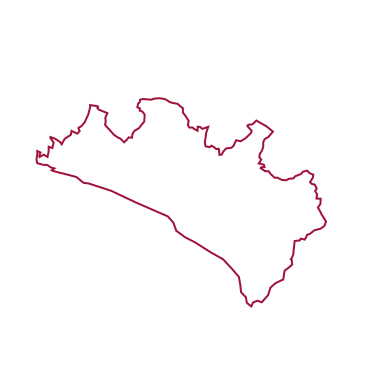 outline of Polis, Paphos, Cyprus, rotated 234°
{"feature_id": "46923920B35140405744722", "entity_name": "Polis", "entity_type": "district", "adm_level": 2, "iso_a3": "CYP", "parent_name": "Cyprus", "parent_adm1": "Paphos", "projection": "orthographic", "projection_center": [32.436, 35.036], "detail": "fine", "context": "isolated", "style": "outline", "palette": "rose", "viewbox_px": 384, "rotation_deg": 234, "n_neighbors": 0, "source": "geoboundaries", "source_scale": "gbopen_adm2", "svg_char_len": 2739}
<svg xmlns="http://www.w3.org/2000/svg" viewBox="0 0 384 384"><g transform="rotate(234 192 192)"><path d="M292.0,91.3L288.7,93.5L281.5,99.6L272.2,107.2L263.1,109.7L259.8,113.3L240.5,127.3L216.2,140.6L186.5,158.1L178.2,158.9L169.8,156.5L159.5,159.8L149.6,164.8L132.4,171.6L119.3,177.6L106.2,179.2L95.7,180.0L88.7,176.6L82.1,172.8L75.1,173.7L70.1,171.2L64.6,172.7L64.8,173.1L66.7,176.3L65.7,180.9L61.8,183.6L63.8,192.9L68.5,199.3L69.2,205.8L67.6,214.4L73.9,220.7L74.0,227.1L74.5,230.5L78.8,232.9L79.5,232.5L80.5,235.0L82.1,237.3L84.9,239.8L87.6,242.3L92.0,246.2L90.9,248.3L89.5,250.6L90.3,252.6L87.2,255.3L88.8,258.6L89.7,259.8L88.8,263.0L89.1,268.4L86.7,274.6L86.8,279.5L87.3,280.1L89.4,283.1L97.3,283.6L101.1,284.3L105.4,284.7L106.8,288.8L110.9,292.2L113.5,288.9L116.8,291.9L120.4,292.2L121.6,295.0L125.9,295.6L128.2,293.6L130.6,293.3L132.6,298.3L134.7,300.3L138.2,298.2L140.6,297.9L141.6,297.7L143.2,293.8L142.5,290.8L144.1,284.7L143.4,282.0L145.6,278.5L146.3,274.8L148.9,271.9L151.8,270.3L153.4,269.5L154.9,267.3L160.2,266.2L163.7,266.2L165.9,263.4L170.9,261.6L171.4,262.3L169.5,265.3L171.6,266.2L174.4,264.2L175.8,262.8L177.5,267.1L180.7,266.9L183.1,269.6L184.1,272.6L186.8,276.3L190.3,278.8L192.1,281.9L191.6,286.1L193.3,293.0L201.5,290.8L207.8,287.9L212.0,286.1L211.2,280.9L213.3,276.9L212.8,275.6L206.4,276.2L205.1,274.6L204.0,266.9L204.4,261.3L207.9,258.1L204.8,252.5L204.7,249.7L205.9,247.4L207.2,245.2L206.4,241.3L204.8,238.0L206.0,236.0L209.6,238.3L211.3,239.0L212.4,236.9L215.0,236.3L218.0,235.0L217.9,232.6L221.1,229.8L224.9,231.7L228.3,235.3L231.0,237.6L235.2,243.4L236.9,237.6L239.9,236.7L241.5,235.0L238.3,232.5L242.4,230.5L243.8,230.5L245.6,227.8L248.5,228.0L251.6,231.1L257.9,231.5L261.6,231.3L265.1,233.9L265.5,233.8L268.2,232.9L271.6,232.3L274.1,230.0L275.3,228.8L277.9,226.8L282.4,225.1L284.9,223.0L287.3,220.4L289.8,216.1L290.6,213.5L291.6,212.1L295.9,207.2L297.2,204.2L295.4,202.5L295.1,200.3L292.7,197.6L290.3,199.0L288.5,197.5L287.4,198.6L285.6,199.2L282.4,199.2L277.1,194.8L275.6,189.3L274.8,186.8L275.3,181.3L273.9,177.9L271.2,175.4L273.4,172.9L272.5,169.6L272.1,166.3L277.0,165.5L280.1,163.9L284.1,162.5L290.6,161.9L294.6,161.3L297.5,161.2L299.6,163.5L303.0,165.5L305.6,169.9L313.3,165.1L315.5,164.8L316.1,166.1L316.6,166.1L316.8,166.1L322.2,160.7L320.6,159.6L315.8,153.8L314.0,150.6L311.4,146.0L310.3,141.3L310.5,139.6L310.5,137.6L307.4,137.0L306.6,133.5L312.2,130.5L309.5,127.5L309.9,120.3L307.2,114.6L310.2,114.6L314.9,112.9L319.7,109.8L319.1,109.2L313.3,109.1L309.6,104.8L312.8,102.7L308.7,99.5L305.3,95.7L309.4,94.0L309.9,89.3L311.3,90.0L313.0,92.7L316.1,90.9L313.8,89.3L309.9,85.5L306.4,83.7L301.9,87.2L298.8,90.9L294.9,92.2L292.0,94.5L292.0,91.3Z" fill="none" stroke="#9f1239" stroke-width="2"/></g></svg>